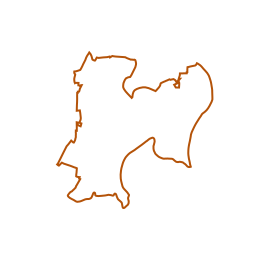 Duy Tien, Hà Nam, Vietnam (Natural Earth projection), rotated 27°
{"feature_id": "81297802B7902592700170", "entity_name": "Duy Tien", "entity_type": "district", "adm_level": 2, "iso_a3": "VNM", "parent_name": "Vietnam", "parent_adm1": "Hà Nam", "projection": "natural_earth1", "projection_center": [105.971, 20.625], "detail": "fine", "context": "isolated", "style": "outline", "palette": "amber", "viewbox_px": 256, "rotation_deg": 27, "n_neighbors": 0, "source": "geoboundaries", "source_scale": "gbopen_adm2", "svg_char_len": 5794}
<svg xmlns="http://www.w3.org/2000/svg" viewBox="0 0 256 256"><g transform="rotate(27 128 128)"><path d="M159.3,187.2L156.6,185.7L152.5,184.2L151.5,183.8L150.5,183.2L150.0,182.8L149.7,182.6L148.1,180.8L146.1,178.5L144.6,176.5L143.8,175.1L142.6,172.9L141.1,169.1L140.4,166.8L139.6,162.9L139.4,161.9L139.2,160.3L139.1,158.3L139.2,155.6L139.4,154.5L139.7,153.3L140.2,151.5L140.7,150.2L141.2,149.1L143.9,144.6L144.7,142.9L147.9,136.7L149.2,134.0L150.2,131.8L150.8,130.8L151.2,129.8L152.1,127.9L152.9,126.9L154.0,125.7L154.5,125.4L155.0,125.4L155.4,125.4L156.1,125.7L156.5,126.0L157.0,126.6L157.8,127.8L158.1,128.8L158.7,131.3L158.9,132.5L159.4,133.5L160.1,134.8L160.9,135.9L161.4,136.5L162.5,137.3L163.9,138.4L164.8,138.8L165.6,139.0L167.0,139.4L168.7,139.7L169.8,139.7L172.1,139.5L173.2,139.3L173.6,139.2L174.2,138.9L175.2,138.3L176.5,137.6L176.8,137.4L178.2,136.8L180.4,135.8L181.1,135.5L181.6,135.4L182.0,135.4L182.4,135.4L182.7,135.4L183.5,135.7L184.4,135.9L186.0,136.2L186.4,136.2L186.9,136.1L187.4,135.9L188.0,135.7L189.3,134.7L190.0,134.4L192.2,133.8L192.7,133.8L194.2,134.1L195.2,134.2L196.0,134.4L196.5,134.6L198.4,135.3L198.9,135.3L199.3,135.3L199.7,135.2L200.1,135.1L200.4,134.9L200.9,134.6L201.5,134.0L199.8,132.2L198.4,130.3L196.3,127.8L194.8,125.7L194.1,124.7L193.2,123.2L191.9,120.5L191.0,118.3L190.3,116.2L189.8,114.5L189.1,111.8L188.5,109.7L187.8,107.3L187.1,105.3L186.8,103.5L186.7,102.8L186.6,100.5L186.5,97.4L186.5,94.8L186.6,92.6L187.1,87.1L187.5,84.2L187.6,82.2L187.8,81.5L188.2,80.6L188.7,79.6L189.0,79.0L189.6,77.4L189.8,76.8L190.0,76.2L190.2,75.0L190.4,74.0L190.6,71.3L190.6,68.8L190.6,66.9L190.4,65.2L190.3,64.7L190.2,64.2L189.7,63.2L188.9,61.7L186.6,57.5L185.8,56.0L184.8,54.5L183.7,53.0L181.7,50.3L180.8,49.2L179.6,47.9L177.7,46.0L176.4,44.8L175.2,44.0L173.5,43.0L170.8,41.9L168.6,41.1L165.7,39.9L164.5,39.5L163.7,39.3L161.3,39.0L160.0,39.0L160.0,40.3L159.8,41.3L159.5,41.8L155.5,45.0L154.3,46.1L153.7,46.5L153.4,46.8L154.3,48.9L155.5,51.3L155.0,51.7L155.5,52.6L154.0,53.4L150.8,55.1L149.5,55.8L150.0,56.9L150.3,57.8L150.5,59.0L150.9,61.3L152.0,60.6L151.7,62.0L151.5,62.6L151.4,63.0L151.6,63.1L152.8,64.2L153.2,64.6L153.9,66.0L155.1,68.8L152.2,70.2L149.5,68.5L152.1,65.2L150.7,63.9L150.5,64.2L150.1,65.0L148.5,64.0L148.0,63.9L147.2,63.8L146.3,63.8L144.6,65.2L143.9,65.8L143.3,65.8L142.9,65.8L141.9,67.0L141.7,67.3L141.3,67.8L140.8,68.3L139.7,69.7L138.9,70.6L137.2,72.8L136.9,73.3L136.9,73.5L137.0,74.3L137.2,75.1L137.3,75.4L137.3,75.9L137.3,76.4L137.1,77.8L137.0,78.3L136.6,79.7L136.3,81.0L135.8,82.6L130.9,82.9L128.3,83.1L125.0,83.9L122.8,85.0L120.1,87.1L118.1,89.3L117.0,91.0L116.7,91.8L116.5,93.1L116.6,94.2L117.0,96.1L117.6,97.7L117.9,98.7L117.6,99.5L117.2,99.3L116.7,99.2L112.4,97.7L109.3,96.5L107.8,95.7L106.7,95.1L105.8,94.4L105.1,93.7L104.5,92.5L103.9,91.0L103.6,89.9L103.4,87.5L103.4,86.3L103.7,84.6L105.1,82.8L106.8,81.5L107.0,78.9L106.9,70.4L106.3,67.8L105.8,66.7L104.5,65.0L103.6,64.2L102.7,64.2L101.8,64.8L100.3,65.3L99.4,65.8L95.6,66.2L93.4,66.2L91.7,66.9L84.4,70.0L82.4,70.7L81.3,71.0L80.9,71.7L79.9,73.3L79.2,72.7L77.3,74.3L73.8,76.4L70.0,78.9L68.2,79.4L68.1,82.3L67.9,83.0L66.9,83.2L65.6,83.2L65.2,83.1L64.1,81.9L63.3,81.0L62.6,80.3L61.7,79.6L60.8,79.0L60.1,78.7L59.2,78.3L59.1,79.8L58.9,81.4L58.8,82.4L58.8,84.4L59.1,86.7L59.1,91.7L59.2,93.5L59.2,96.0L59.1,97.9L57.5,99.6L55.8,101.2L54.5,102.0L54.7,102.6L55.0,103.1L55.5,103.7L55.9,103.9L56.5,104.1L56.6,104.3L56.8,104.5L57.4,107.3L57.6,108.0L57.7,108.4L57.9,108.8L58.3,109.6L58.9,110.5L59.4,111.2L59.7,111.5L60.4,112.1L60.5,111.9L60.6,111.7L61.1,111.4L61.8,111.1L63.4,110.3L63.9,111.5L64.4,112.5L65.2,112.2L65.5,112.3L66.0,112.4L66.3,111.8L66.4,111.6L66.6,111.3L67.1,110.9L67.3,110.8L67.3,112.1L67.3,114.0L67.3,114.4L67.4,115.3L67.7,116.4L67.9,117.7L67.6,117.9L66.8,118.4L67.3,119.5L66.8,119.8L68.3,122.9L69.5,125.2L70.9,128.1L72.0,130.6L74.5,135.9L77.1,134.2L78.7,136.4L81.2,140.2L81.7,141.2L81.8,141.6L82.0,142.2L82.2,144.5L82.3,145.4L84.4,145.1L84.8,146.8L85.0,148.0L81.8,148.2L81.0,146.5L80.7,145.9L79.7,146.2L82.1,150.7L83.6,153.7L82.7,154.0L83.1,154.8L83.5,155.7L84.2,156.8L85.0,158.6L85.5,159.5L85.8,160.3L85.9,161.2L86.3,162.5L86.4,163.9L86.4,165.3L86.4,165.5L86.1,165.7L85.5,165.7L83.1,165.0L82.3,169.4L81.6,172.2L81.6,178.7L81.7,187.1L81.7,190.7L81.7,191.8L81.4,192.6L82.0,192.8L82.7,192.9L83.2,192.9L83.3,192.3L83.7,192.4L84.0,191.4L84.3,190.4L84.8,188.9L87.0,188.9L93.5,187.9L96.1,187.6L97.5,187.5L100.1,187.1L100.7,187.1L102.4,191.1L103.0,192.9L103.8,194.6L104.6,194.6L105.5,194.4L107.2,193.7L107.4,195.2L108.6,195.2L108.2,203.1L108.1,203.3L108.4,204.9L108.3,205.1L107.8,206.9L107.0,209.0L106.9,209.6L106.4,210.5L105.8,211.0L105.7,211.6L105.3,212.9L105.0,214.7L105.0,215.4L105.2,215.7L105.5,216.0L106.5,216.4L107.9,216.7L109.9,216.8L112.3,216.8L114.7,217.0L115.2,217.0L115.8,216.9L116.3,216.8L116.7,216.5L117.8,215.8L118.9,214.9L120.0,213.7L122.2,211.1L123.0,210.4L124.1,209.7L125.3,209.1L126.0,208.4L126.4,207.9L126.7,207.5L127.0,206.6L127.0,205.9L126.9,204.0L126.7,202.2L126.7,201.8L126.8,201.4L127.0,201.0L127.3,200.8L127.7,200.8L128.1,200.9L128.4,201.2L129.3,202.6L129.6,202.8L130.3,202.9L131.0,202.7L132.5,202.1L135.0,200.6L138.4,198.4L140.2,197.0L140.9,196.4L141.7,196.1L143.2,195.6L144.1,195.4L144.8,195.3L145.0,195.2L145.4,195.0L145.6,194.8L145.7,194.6L145.7,194.4L145.8,193.5L145.8,192.9L145.9,192.6L146.1,192.5L146.5,192.3L146.9,192.3L147.4,192.5L148.2,193.2L149.3,194.3L150.5,195.3L151.3,195.9L152.1,196.2L153.4,196.5L155.3,197.0L156.1,197.3L156.6,197.7L159.0,200.8L159.6,201.3L160.0,201.4L160.6,201.2L160.8,200.9L161.1,200.6L161.3,200.1L162.1,197.9L162.6,196.8L162.7,196.2L162.7,195.6L162.7,194.9L162.2,193.6L161.8,192.8L160.7,191.6L160.1,190.8L159.8,190.3L159.7,189.7L159.6,188.8L159.5,188.0L159.4,187.4L159.3,187.2Z" fill="none" stroke="#b45309" stroke-width="2"/></g></svg>